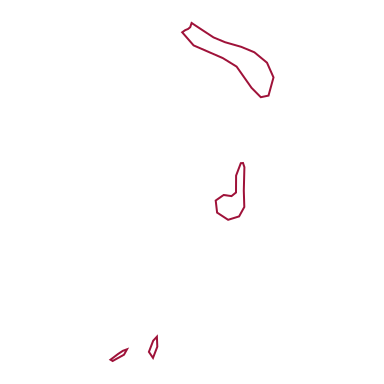 outline of South Caicos and East Caicos
{"feature_id": "TCA-5006", "entity_name": "South Caicos and East Caicos", "entity_type": "state/province", "adm_level": 1, "iso_a3": "TCA", "parent_name": "Turks and Caicos Islands", "parent_adm1": "", "projection": "albers", "projection_center": [-71.559, 21.528], "detail": "fine", "context": "isolated", "style": "outline", "palette": "rose", "viewbox_px": 384, "rotation_deg": 0, "n_neighbors": 0, "source": "natural_earth", "source_scale": "10m", "svg_char_len": 652}
<svg xmlns="http://www.w3.org/2000/svg" viewBox="0 0 384 384"><path d="M236.6,66.6L222.8,58.1L193.6,45.4L182.2,32.3L185.3,30.1L188.0,29.0L190.2,27.2L191.6,23.0L213.5,37.4L225.0,42.2L241.1,46.8L254.4,52.3L267.0,62.7L273.5,77.4L268.5,95.6L260.8,97.2L251.5,87.8L236.6,66.6ZM243.0,163.0L244.4,167.2L243.8,190.7L244.3,207.0L239.1,216.4L228.1,219.8L217.1,212.6L215.7,200.5L223.6,195.0L231.5,196.1L236.0,192.5L236.1,175.6L240.8,163.2L243.0,163.0ZM153.2,340.7L156.9,336.7L157.3,346.7L153.0,357.9L148.9,351.9L153.2,340.7ZM117.9,354.1L122.9,350.8L127.0,349.3L124.0,354.7L112.6,361.0L110.5,359.7L117.9,354.1Z" fill="none" stroke="#9f1239" stroke-width="2"/></svg>